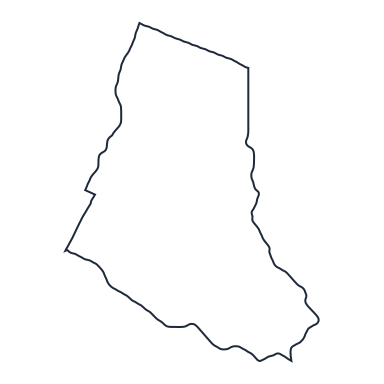 outline of Duvergé, Independencia, Dominican Republic
{"feature_id": "3306468B24836928118485", "entity_name": "Duvergé", "entity_type": "district", "adm_level": 2, "iso_a3": "DOM", "parent_name": "Dominican Republic", "parent_adm1": "Independencia", "projection": "natural_earth1", "projection_center": [-71.582, 18.345], "detail": "fine", "context": "isolated", "style": "outline", "palette": "slate", "viewbox_px": 384, "rotation_deg": 0, "n_neighbors": 0, "source": "geoboundaries", "source_scale": "gbopen_adm2", "svg_char_len": 4656}
<svg xmlns="http://www.w3.org/2000/svg" viewBox="0 0 384 384"><path d="M139.5,23.0L138.6,25.4L137.5,28.9L135.9,32.6L135.5,34.0L135.0,36.9L134.6,38.3L133.0,42.0L132.0,44.7L130.2,48.3L129.4,50.3L128.7,51.6L127.9,52.9L125.7,55.9L124.5,57.8L123.4,60.4L121.7,64.1L121.3,65.5L120.8,68.5L120.5,69.9L119.2,73.0L118.8,74.3L118.5,75.8L118.1,80.3L117.8,81.8L117.4,83.1L116.0,86.2L115.7,87.7L115.5,89.2L115.5,91.5L115.6,93.0L115.8,94.5L116.3,95.9L117.8,98.9L118.8,101.6L120.3,104.6L120.8,106.0L121.0,107.5L121.2,111.6L121.2,119.0L121.1,121.4L120.8,123.0L120.5,123.7L119.8,125.1L119.0,126.4L114.4,131.7L113.5,132.9L112.2,135.2L111.8,135.6L109.5,137.4L108.7,138.4L108.0,139.5L107.7,140.1L107.3,141.5L106.7,147.4L106.3,148.8L105.7,150.0L105.3,150.5L104.4,151.3L103.3,152.0L101.7,152.9L100.7,153.7L99.8,154.6L99.2,155.8L98.9,156.5L98.7,158.0L98.5,159.5L98.4,164.8L98.3,166.3L97.9,167.8L97.2,169.2L96.3,170.5L92.3,175.2L91.4,176.5L90.6,177.8L89.5,180.5L87.7,184.1L86.7,186.8L85.2,190.1L95.0,194.6L91.3,200.7L90.6,203.7L87.2,209.2L86.1,211.2L83.5,215.4L82.4,217.3L78.7,224.7L74.9,232.6L72.7,237.3L68.2,245.6L67.6,246.7L66.4,248.7L65.4,250.7L65.6,250.6L67.4,250.2L69.4,251.9L70.5,252.6L71.8,253.1L74.4,253.7L75.6,254.1L78.9,256.0L81.3,257.2L83.5,258.5L84.6,259.1L85.9,259.5L88.5,260.1L89.8,260.5L90.9,261.0L93.1,262.4L94.9,263.2L96.1,263.9L97.7,265.3L99.7,267.4L101.7,269.7L103.0,271.5L103.7,272.8L104.7,275.5L106.2,278.6L107.2,281.2L107.8,282.5L108.5,283.7L109.3,284.8L111.2,286.7L112.8,287.9L115.2,289.1L118.5,291.1L120.9,292.2L124.2,294.3L126.5,295.5L128.1,296.7L131.1,299.5L132.1,300.3L133.2,301.0L135.0,301.8L138.3,303.9L140.1,304.8L141.2,305.4L142.2,306.3L145.2,309.0L146.2,309.8L149.1,311.5L150.3,312.3L151.8,313.8L155.4,317.5L157.0,319.0L158.1,319.8L160.9,321.5L162.0,322.3L164.9,325.0L166.0,325.8L166.6,326.1L167.2,326.4L168.5,326.7L170.6,326.9L179.1,327.0L182.5,326.9L184.6,326.6L185.9,326.2L188.6,324.7L189.8,324.2L190.4,324.0L191.7,323.9L193.1,324.0L193.7,324.2L194.4,324.4L195.6,325.2L197.2,326.6L209.8,341.0L211.3,342.7L212.9,344.3L214.6,345.6L216.9,346.8L219.1,348.2L220.2,348.8L221.5,349.2L222.9,349.4L224.3,349.4L225.6,349.3L227.0,349.1L228.3,348.7L231.0,347.2L231.6,346.9L232.9,346.5L234.2,346.3L236.3,346.2L237.6,346.4L239.0,346.6L240.2,347.2L242.9,348.8L245.3,350.0L248.0,351.8L250.3,353.0L251.5,353.7L253.1,355.1L256.5,358.9L257.4,359.9L258.5,360.6L259.0,360.8L259.6,361.0L260.2,360.9L260.7,360.8L264.5,359.0L268.3,356.7L269.6,356.3L272.8,355.5L274.0,355.0L276.1,353.8L277.3,353.5L278.0,353.4L278.6,353.5L279.8,353.8L282.5,355.4L284.8,356.6L288.0,358.9L291.4,360.9L290.7,356.2L290.5,352.2L290.6,350.7L290.8,349.3L291.2,348.0L291.5,347.5L292.4,346.6L296.0,344.4L298.3,343.3L299.5,342.7L300.5,341.9L301.5,340.9L302.9,339.4L304.0,337.6L304.6,336.4L305.6,333.7L307.7,329.7L308.4,328.6L309.3,327.9L312.4,326.0L313.5,325.3L315.9,324.3L316.9,323.6L317.8,322.6L318.4,321.4L318.6,320.7L318.6,319.9L318.6,319.2L318.4,318.5L318.2,317.8L317.8,317.2L317.0,316.0L315.2,313.9L308.1,306.4L306.8,304.7L306.0,303.5L305.5,302.2L305.3,300.8L305.4,299.5L306.3,296.7L306.4,295.6L306.1,294.4L304.7,290.7L304.4,290.1L303.7,288.9L302.3,287.6L301.2,286.9L298.8,285.6L297.2,284.3L294.7,281.6L288.3,274.4L286.9,272.9L285.9,272.0L284.8,271.3L282.4,270.1L279.7,268.4L276.8,266.9L275.8,266.1L274.5,264.6L273.9,263.4L272.8,260.7L271.3,257.7L269.5,252.7L269.3,251.6L269.6,249.0L269.6,248.5L269.2,247.2L268.1,245.4L264.7,241.2L263.4,239.3L262.7,238.0L261.9,236.0L260.4,232.9L259.3,230.3L258.6,228.9L257.3,227.0L253.4,222.3L252.7,221.0L252.4,220.4L252.3,219.8L252.3,219.2L252.5,216.6L252.3,215.6L251.7,213.5L251.7,212.3L251.8,211.7L252.3,210.7L253.5,209.0L256.1,203.8L256.6,202.3L257.3,198.8L258.7,195.2L258.9,194.0L258.7,192.7L258.5,192.2L257.8,191.3L256.1,189.9L255.3,189.0L254.7,187.8L254.2,186.5L253.2,182.2L251.9,179.1L251.5,177.8L251.4,177.0L251.3,174.8L251.5,173.3L251.9,172.0L253.2,168.9L253.6,167.4L253.8,165.9L254.0,162.6L254.1,156.8L254.0,154.4L253.7,152.0L253.3,150.6L253.0,150.0L252.2,148.9L251.2,148.0L250.7,147.7L249.1,146.8L248.1,146.1L247.2,145.3L246.5,144.2L246.2,143.6L246.0,142.2L246.0,141.5L246.3,140.2L247.3,137.8L247.7,136.5L248.1,134.1L248.3,131.6L248.3,67.9L246.3,67.4L245.1,66.9L242.4,65.3L240.0,64.1L236.8,62.1L234.4,60.9L231.6,59.3L230.4,58.8L228.5,58.3L225.9,57.6L223.1,56.1L222.0,55.6L218.7,54.8L217.4,54.3L214.7,52.8L213.5,52.3L210.2,51.5L209.0,51.1L205.6,49.3L200.5,47.9L197.2,46.1L192.0,44.7L188.7,42.9L183.5,41.4L180.2,39.7L175.1,38.2L171.7,36.5L170.5,36.0L167.9,35.4L166.6,35.0L163.3,33.1L160.9,31.9L157.6,30.0L156.3,29.6L153.8,29.0L152.5,28.5L149.7,27.1L148.5,26.6L145.2,25.8L144.0,25.4L139.5,23.0Z" fill="none" stroke="#1e293b" stroke-width="2"/></svg>